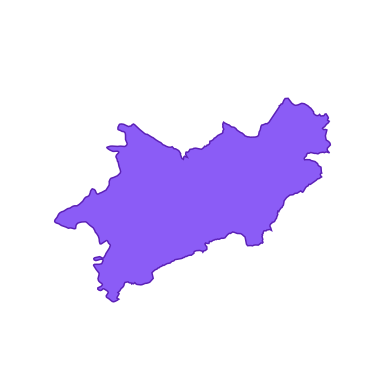 Manka, Leribe, Lesotho (orthographic projection), rotated 300°
{"feature_id": "5366337B27297723813", "entity_name": "Manka", "entity_type": "district", "adm_level": 2, "iso_a3": "LSO", "parent_name": "Lesotho", "parent_adm1": "Leribe", "projection": "orthographic", "projection_center": [27.816, -28.974], "detail": "fine", "context": "isolated", "style": "filled", "palette": "violet", "viewbox_px": 384, "rotation_deg": 300, "n_neighbors": 0, "source": "geoboundaries", "source_scale": "gbopen_adm2", "svg_char_len": 6049}
<svg xmlns="http://www.w3.org/2000/svg" viewBox="0 0 384 384"><g transform="rotate(300 192 192)"><path d="M294.6,291.6L295.4,289.2L296.1,288.0L297.7,287.3L301.9,288.3L302.7,287.7L303.5,286.7L303.8,285.8L304.1,284.5L304.1,282.4L305.1,281.3L307.4,279.4L313.2,277.8L313.0,276.5L311.9,274.8L312.2,273.3L313.3,273.3L314.8,274.2L318.0,274.6L319.5,275.3L320.8,275.5L321.9,275.5L321.9,273.5L322.9,273.1L324.3,273.1L325.3,271.8L326.7,269.0L325.9,268.2L324.8,268.2L323.8,267.9L323.2,266.9L322.2,265.6L323.0,263.7L321.9,263.4L321.1,262.8L320.6,261.9L320.3,260.5L320.8,258.1L322.2,257.2L324.0,252.9L324.0,251.7L324.6,249.3L324.6,245.2L324.0,243.5L323.5,242.5L320.6,240.4L319.3,239.0L318.8,238.3L318.5,237.1L318.8,234.1L321.2,228.4L319.5,225.9L317.2,225.7L313.7,226.2L312.8,225.2L311.4,225.2L310.4,224.4L309.5,225.0L290.9,223.8L288.6,222.9L288.2,221.8L285.7,219.9L284.8,218.9L283.4,218.9L279.6,220.1L277.7,220.1L274.7,221.2L273.0,221.0L271.2,219.3L268.5,214.9L268.2,213.7L267.6,212.7L267.1,209.6L267.6,208.4L268.1,206.0L267.8,204.5L268.0,201.1L268.3,199.4L268.9,198.3L269.1,196.1L268.1,193.6L268.6,190.6L268.3,189.3L268.1,185.4L268.3,184.5L267.1,184.5L265.8,184.9L264.7,185.8L263.7,186.1L262.3,188.1L260.4,188.2L258.8,189.0L257.8,188.7L253.9,186.1L251.0,185.2L249.6,184.3L248.4,184.3L247.3,183.9L246.0,183.2L244.9,182.1L243.1,183.0L242.0,183.0L240.8,182.4L240.2,181.6L239.2,181.6L238.3,181.1L237.9,180.0L236.9,180.0L235.2,179.5L233.7,178.8L231.9,173.4L230.7,171.7L229.7,171.2L227.9,168.9L225.5,168.9L224.2,168.3L223.7,167.0L222.6,167.1L221.3,167.8L219.7,170.6L219.2,167.6L218.1,167.4L216.0,168.2L216.0,166.5L218.6,163.3L219.6,162.9L221.2,159.8L221.2,156.2L220.5,154.9L221.3,152.2L220.3,151.4L219.2,149.5L218.7,146.9L218.7,144.9L218.4,143.3L219.2,140.2L219.0,138.8L219.1,134.8L219.6,131.0L219.4,129.8L219.6,124.4L219.0,123.4L218.9,122.0L220.0,115.4L221.6,108.7L221.6,107.3L220.3,106.5L219.0,106.4L216.9,104.2L216.5,99.1L215.7,97.0L214.7,95.6L214.1,95.3L211.1,95.5L209.4,96.4L209.1,97.1L209.5,99.4L209.5,101.2L210.1,102.4L210.1,103.8L209.6,104.7L208.3,105.8L204.2,108.2L201.6,111.6L200.4,112.0L198.7,111.6L197.8,111.0L195.9,107.0L194.3,104.8L191.8,99.8L190.8,98.3L189.0,96.6L188.2,96.0L187.8,96.1L187.4,97.8L187.3,100.0L187.6,103.0L188.0,103.9L190.0,106.9L190.2,107.6L190.0,108.6L189.2,108.8L186.2,108.1L184.5,108.5L183.8,109.3L183.3,110.3L181.2,112.3L181.3,112.8L177.7,116.0L175.4,118.7L173.8,120.1L172.2,120.3L168.8,119.3L165.6,117.0L163.4,115.0L162.1,114.7L159.7,115.0L158.2,116.0L156.5,116.8L150.7,116.6L146.0,113.7L145.1,112.8L143.7,112.1L143.0,111.4L142.9,110.7L143.2,109.7L144.9,107.5L145.3,106.2L144.9,104.1L144.3,103.8L142.0,103.7L140.7,104.2L138.3,104.6L137.0,104.5L136.1,104.0L134.4,102.6L132.7,102.1L129.5,102.0L125.0,100.6L122.5,99.3L121.1,96.9L119.7,95.7L117.1,94.4L115.4,92.6L111.0,90.3L109.9,89.2L108.2,88.1L106.2,87.6L102.6,87.8L99.5,87.3L98.1,87.6L97.5,88.2L97.3,89.8L97.9,92.6L97.7,95.6L98.6,100.4L98.8,103.0L100.3,104.9L101.3,108.5L102.2,109.4L105.3,108.2L107.2,108.4L107.8,108.6L109.2,109.7L110.9,111.5L113.0,114.7L113.0,116.2L112.1,120.1L111.6,124.4L110.0,127.1L109.0,128.2L108.2,130.4L106.9,132.9L105.1,134.9L102.7,136.6L101.2,138.2L101.4,139.0L101.8,139.4L107.1,142.1L107.4,142.7L107.3,143.4L106.0,145.3L105.4,147.5L104.9,148.0L102.0,148.5L95.7,148.2L93.9,148.5L90.9,148.4L90.4,148.1L89.9,147.0L90.0,145.3L89.8,144.3L86.8,141.0L86.2,140.5L85.3,140.2L84.6,140.8L84.3,141.3L84.5,143.0L86.0,144.6L87.8,146.2L88.7,147.6L88.8,148.3L88.7,148.8L88.1,149.3L85.3,149.6L84.7,149.6L83.0,147.8L80.6,143.7L79.7,143.3L79.2,143.5L77.0,147.7L75.2,152.2L73.7,152.9L70.0,153.9L68.6,155.2L68.1,156.2L67.7,158.0L67.7,159.6L67.0,160.7L66.4,160.8L65.0,160.5L61.9,158.4L60.8,158.9L60.5,160.6L60.9,162.0L61.8,162.8L63.6,163.3L64.0,163.8L64.1,165.0L63.9,168.6L63.2,169.6L62.2,169.8L59.3,169.6L58.4,170.2L58.1,171.0L58.0,173.4L57.3,177.6L57.6,178.8L58.5,179.8L60.7,181.3L62.6,182.2L62.6,180.0L63.6,179.7L66.8,179.8L67.6,179.6L67.8,178.1L70.4,178.9L73.1,178.9L74.6,179.6L76.8,179.8L78.8,179.2L80.2,179.2L82.2,181.5L82.0,182.6L82.2,183.7L82.8,184.6L82.2,185.8L83.3,186.3L83.3,187.3L84.9,187.8L84.4,189.3L84.4,190.5L86.0,194.1L86.8,195.1L89.4,197.1L90.4,198.5L92.0,200.0L93.0,200.6L97.8,201.6L102.0,197.7L103.5,198.0L106.0,198.9L108.1,200.4L109.1,200.5L110.1,201.5L111.2,201.7L112.7,203.0L114.0,203.2L114.3,204.3L117.5,206.2L119.6,208.6L121.7,209.2L123.3,210.7L124.8,211.0L129.1,216.1L129.9,216.8L130.7,217.0L131.2,217.8L133.0,218.7L133.5,219.6L135.1,220.5L136.4,222.0L136.9,223.0L139.9,224.3L140.7,223.8L141.7,223.8L143.3,225.0L145.3,228.0L145.9,230.5L145.3,231.5L146.9,231.6L148.0,232.8L149.9,233.5L152.0,232.2L152.5,230.5L153.5,229.2L154.6,229.2L155.1,231.0L155.9,232.4L157.9,231.8L158.7,233.5L160.9,234.5L161.4,235.2L162.5,235.8L163.0,236.9L164.0,237.6L164.6,239.1L166.6,240.5L167.4,242.0L168.7,243.4L172.7,244.1L174.8,244.9L175.3,246.0L177.7,247.2L178.2,248.7L178.7,251.9L180.3,255.0L180.3,256.5L179.5,260.5L174.0,265.3L173.3,267.0L175.1,269.8L175.6,271.3L176.9,272.2L177.9,273.5L179.2,276.0L182.4,277.3L182.9,278.5L184.0,278.6L184.8,277.3L186.4,277.0L188.5,274.9L189.8,274.7L190.3,274.0L191.6,274.3L192.6,273.8L194.5,273.8L195.0,274.6L195.3,275.5L196.4,275.8L198.5,278.1L198.5,280.0L200.3,278.1L201.3,276.6L202.4,276.1L203.9,276.1L204.7,276.7L205.8,276.6L206.6,277.5L207.7,278.2L210.0,278.1L211.6,278.3L212.6,277.9L215.5,277.5L216.3,276.6L218.4,276.0L218.4,277.0L219.7,276.8L222.6,277.1L223.7,277.7L224.7,277.5L226.3,277.7L230.5,276.2L234.4,276.7L238.3,278.3L240.2,280.9L242.3,281.8L243.6,283.7L247.3,285.6L247.0,287.7L247.8,288.2L252.8,288.2L254.1,288.6L255.5,289.5L257.0,289.3L257.8,290.7L264.3,293.7L266.2,294.2L267.0,295.2L269.9,296.7L270.4,295.3L271.5,294.2L272.5,294.2L273.3,294.9L273.8,294.2L278.0,291.3L278.0,288.8L278.3,287.8L279.4,286.5L279.9,283.3L278.8,279.4L278.9,277.9L277.2,274.8L276.2,273.4L277.0,272.5L278.1,272.3L280.4,273.0L281.7,272.5L283.3,272.7L284.3,274.2L285.6,275.1L286.7,278.8L287.4,280.0L288.0,282.0L290.1,283.2L292.0,285.6L292.2,286.9L293.3,287.7L294.1,288.8L294.6,291.6Z" fill="#8b5cf6" stroke="#5b21b6" stroke-width="1.5"/></g></svg>